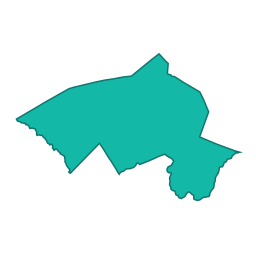 outline of Jenipapo dos Vieiras, Maranhão, Brazil, rotated 89°
{"feature_id": "56859067B54788790955635", "entity_name": "Jenipapo dos Vieiras", "entity_type": "district", "adm_level": 2, "iso_a3": "BRA", "parent_name": "Brazil", "parent_adm1": "Maranhão", "projection": "orthographic", "projection_center": [-45.494, -5.415], "detail": "fine", "context": "isolated", "style": "filled", "palette": "teal", "viewbox_px": 256, "rotation_deg": 89, "n_neighbors": 0, "source": "geoboundaries", "source_scale": "gbopen_adm2", "svg_char_len": 2937}
<svg xmlns="http://www.w3.org/2000/svg" viewBox="0 0 256 256"><g transform="rotate(89 128 128)"><path d="M200.5,63.1L201.0,61.6L201.6,59.9L201.1,57.4L199.4,55.0L198.6,53.7L198.6,52.3L198.2,50.3L198.0,49.3L197.8,48.1L196.1,47.4L194.9,47.4L192.7,46.2L191.4,45.3L190.7,44.7L189.6,43.5L186.0,42.8L184.9,43.1L184.3,42.4L183.4,42.1L182.4,41.8L181.3,41.7L179.8,41.6L178.6,41.1L177.4,40.5L176.5,39.9L175.3,39.1L174.4,38.3L173.5,38.6L172.4,37.8L171.0,37.6L169.4,37.3L168.4,36.3L168.5,34.5L167.5,33.6L166.2,33.0L164.6,32.6L164.1,31.8L163.6,30.6L162.6,30.0L161.7,29.6L160.6,28.3L160.6,26.8L159.9,25.1L158.2,24.5L157.1,23.5L155.0,20.9L154.9,19.4L154.4,17.5L154.2,16.6L152.6,21.9L151.7,24.1L145.6,39.8L138.2,56.6L136.7,56.0L113.3,47.1L101.6,51.7L94.4,55.0L93.3,55.5L88.9,62.6L83.4,71.7L81.7,74.2L78.0,79.7L77.3,80.8L77.3,83.2L76.2,83.7L75.6,84.5L75.0,86.7L74.3,87.5L73.4,87.6L64.2,86.7L62.2,88.8L54.4,95.7L58.5,101.2L60.4,103.7L74.2,121.2L75.8,123.2L76.2,124.0L77.0,132.3L78.1,138.7L78.6,141.5L79.7,150.2L81.6,160.0L86.3,181.5L87.1,184.1L87.5,186.0L101.3,211.5L104.7,217.3L117.1,239.4L118.1,239.0L119.2,238.2L119.6,237.2L119.7,235.8L120.8,234.8L121.0,233.8L121.1,233.0L121.5,231.7L121.6,230.5L122.9,230.2L123.0,229.0L123.6,227.7L124.6,226.9L125.6,226.6L126.7,226.2L126.5,224.7L126.4,223.7L126.7,222.8L127.1,221.9L127.3,220.7L128.6,220.3L130.0,219.7L131.4,219.2L132.5,219.6L133.8,219.1L133.3,217.7L133.5,216.7L133.9,215.5L133.8,213.9L135.3,213.1L136.1,212.3L136.7,211.1L137.9,210.8L138.8,209.9L139.9,209.4L141.6,208.8L142.5,207.1L143.6,206.5L143.1,205.5L142.9,204.6L144.0,204.0L145.0,203.3L146.2,203.9L147.2,203.6L147.9,202.9L149.0,202.4L148.5,201.4L147.6,201.0L147.8,199.8L148.6,199.3L149.2,198.4L150.1,198.2L150.8,197.3L151.3,196.3L152.5,196.3L153.0,195.4L153.5,194.3L154.4,193.3L155.1,192.1L156.0,191.7L156.9,192.0L158.1,191.5L159.1,191.4L160.3,191.7L161.4,191.3L162.4,190.4L163.6,190.5L165.2,189.5L166.6,188.6L167.6,187.8L168.4,186.9L169.9,187.2L171.1,188.0L171.8,187.2L172.2,186.4L151.7,165.8L149.7,163.8L142.8,156.8L147.6,153.6L151.6,151.2L156.5,148.4L161.0,145.4L169.0,140.6L172.7,138.6L174.0,137.6L173.1,137.2L172.5,136.2L171.6,135.5L171.5,134.4L171.2,133.4L170.4,132.4L169.8,131.6L168.8,130.3L168.8,128.4L168.8,127.4L168.5,126.2L168.1,124.9L167.8,123.8L167.1,122.6L166.2,121.6L164.9,120.5L163.5,119.9L163.2,118.8L164.0,117.7L164.7,117.0L162.0,109.8L159.9,104.5L157.0,98.0L155.4,93.4L154.9,91.6L155.5,90.9L157.9,87.7L158.8,85.7L159.8,84.4L162.0,82.9L165.0,84.7L166.0,85.2L166.5,86.3L166.9,87.1L167.5,88.5L169.3,89.5L170.3,89.8L172.5,89.3L173.6,87.6L173.3,86.0L174.2,85.5L178.6,87.3L179.7,87.3L181.3,86.8L183.1,87.1L184.8,87.4L185.9,87.3L187.7,86.4L190.1,86.0L191.0,84.9L192.1,82.2L194.1,81.6L195.7,81.2L196.3,79.8L196.7,79.0L197.7,78.8L198.7,78.1L199.4,75.9L199.0,75.0L197.4,72.2L195.0,70.9L193.5,69.5L192.9,68.0L194.5,66.2L195.7,65.0L196.3,63.8L197.8,63.3L199.3,63.5L200.5,63.1Z" fill="#14b8a6" stroke="#0f766e" stroke-width="1.5"/></g></svg>